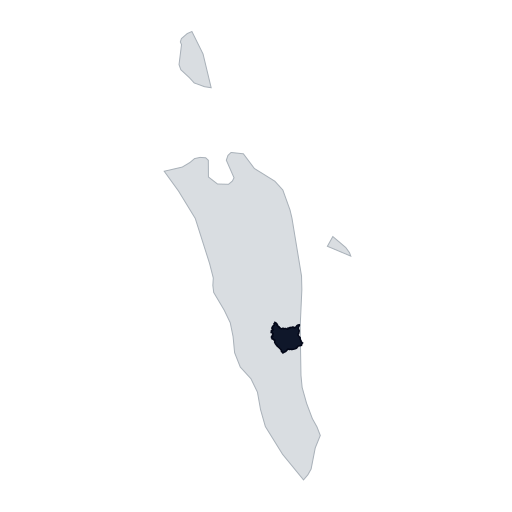 Vemasse, Baucau, East Timor shown in context, rotated 92°
{"feature_id": "22284137B19870753775512", "entity_name": "Vemasse", "entity_type": "district", "adm_level": 2, "iso_a3": "TLS", "parent_name": "East Timor", "parent_adm1": "Baucau", "projection": "albers", "projection_center": [126.238, -8.584], "detail": "fine", "context": "in_parent", "style": "filled", "palette": "ink", "viewbox_px": 512, "rotation_deg": 92, "n_neighbors": 0, "source": "geoboundaries", "source_scale": "gbopen_adm2", "svg_char_len": 5513}
<svg xmlns="http://www.w3.org/2000/svg" viewBox="0 0 512 512"><g transform="rotate(92 256 256)"><path d="M174.5,350.7L169.7,332.8L164.7,325.1L160.8,320.8L159.4,315.3L159.6,309.7L162.0,307.0L178.7,306.3L185.4,297.0L185.3,286.0L181.9,282.2L178.6,280.7L161.3,289.0L156.4,287.5L153.4,284.5L154.3,272.2L168.6,260.7L180.6,239.8L189.1,231.5L208.9,223.6L216.9,221.4L274.5,209.8L288.2,209.0L324.8,209.4L373.7,206.9L385.8,205.3L401.5,200.3L416.6,194.0L424.7,189.1L433.1,185.5L445.7,190.1L467.0,193.5L472.8,196.5L478.1,200.7L453.3,222.5L426.1,240.7L409.3,246.1L392.0,249.8L378.8,256.8L367.6,267.8L353.4,274.0L337.3,276.1L323.6,279.4L311.2,285.9L293.9,297.0L286.9,298.1L279.5,297.9L265.2,302.1L220.6,318.0L193.8,335.7L174.5,350.7ZM33.9,327.9L55.9,316.0L89.4,306.7L88.6,313.4L85.2,323.8L80.1,328.8L72.5,337.6L67.4,339.6L47.3,337.8L44.7,339.1L41.3,338.1L36.1,332.5L33.9,327.9ZM252.8,161.3L243.8,185.0L233.9,179.9L244.4,166.6L249.4,162.7L252.8,161.3Z" fill="#d9dde1" stroke="#a8b0b8" stroke-width="1"/><path d="M341.2,206.6L341.0,206.9L340.5,207.3L340.4,207.5L339.8,207.9L339.3,208.2L339.0,208.3L338.9,208.3L338.8,208.2L338.7,208.3L338.2,208.6L337.7,208.8L337.3,208.8L336.8,209.0L336.5,209.1L336.1,209.0L335.8,209.2L335.5,209.6L335.3,209.9L334.8,210.3L334.1,210.9L333.7,211.1L333.4,211.2L333.1,211.2L332.6,211.1L332.3,211.0L332.1,210.7L330.9,210.5L330.1,210.3L329.7,210.3L329.4,210.2L329.2,210.2L328.4,210.6L327.9,210.8L327.6,211.0L327.4,211.1L327.1,211.2L326.8,211.2L326.7,211.2L326.2,211.2L325.4,211.0L325.2,210.9L324.6,210.5L324.2,210.3L323.4,210.2L323.2,210.3L323.4,211.4L323.8,212.2L324.0,212.4L324.3,212.8L325.4,213.5L325.6,213.6L325.7,213.8L325.8,214.0L326.1,214.2L326.3,214.4L326.5,214.6L326.6,214.8L326.3,215.1L326.1,215.1L326.2,215.6L326.1,215.9L326.2,216.2L325.8,216.3L325.7,216.4L325.8,216.5L326.1,216.5L326.0,216.8L325.9,216.7L325.8,216.8L326.0,217.0L326.0,217.3L325.9,217.5L326.1,217.7L326.1,217.8L326.3,218.0L326.4,218.4L326.4,218.5L326.3,219.0L326.5,219.1L326.4,219.2L326.3,219.3L326.5,219.4L326.4,219.7L326.5,219.8L326.5,220.0L326.6,220.3L326.7,220.5L326.8,220.5L327.0,220.6L327.0,221.0L327.2,220.9L327.2,221.0L327.3,220.9L327.5,220.8L327.6,221.1L327.7,221.3L327.8,221.5L327.8,221.4L327.9,221.7L328.1,221.8L328.1,222.1L327.9,222.2L327.9,222.6L327.8,222.8L327.8,223.0L327.7,223.1L327.7,223.4L327.7,223.6L327.4,223.9L327.4,224.1L327.4,224.5L327.5,224.8L327.7,225.0L327.8,225.1L328.0,225.5L327.9,225.6L327.7,225.8L327.5,226.0L327.3,226.1L327.3,226.3L327.3,226.5L327.3,226.9L327.6,227.1L327.9,227.5L327.9,227.8L327.8,228.0L328.0,228.3L327.8,228.6L327.7,228.8L327.3,229.0L327.2,229.1L327.1,229.3L327.1,229.5L326.9,229.7L327.0,229.9L326.9,230.0L326.6,230.1L326.3,230.4L326.2,230.6L325.9,230.6L325.9,230.9L325.9,231.2L325.8,231.3L325.6,231.3L325.4,231.4L325.5,231.6L325.4,231.7L325.2,231.7L325.1,231.8L324.7,232.0L324.2,232.1L324.1,232.4L323.8,232.4L323.7,232.5L323.8,232.6L323.7,232.6L323.4,232.6L323.4,232.8L323.3,233.0L323.1,232.9L323.0,233.1L322.6,233.3L322.4,233.4L322.4,233.5L322.1,234.0L321.8,234.4L321.7,234.8L321.8,234.8L322.3,234.8L322.5,235.2L323.1,235.7L323.5,235.5L323.7,235.3L323.8,235.2L324.2,235.3L324.4,235.6L324.8,235.8L325.1,236.3L325.6,236.8L326.2,237.1L326.3,237.0L326.6,236.9L326.8,236.9L326.9,237.0L326.8,237.4L326.9,237.5L327.0,237.5L327.1,237.3L327.2,237.2L327.4,237.1L327.5,237.2L327.5,237.4L327.6,237.5L327.7,237.4L327.9,237.0L328.1,237.1L328.2,237.4L328.3,237.4L328.4,237.2L328.5,237.1L328.4,236.8L328.6,236.6L328.7,236.8L328.8,236.9L329.2,236.8L329.4,236.8L329.6,236.7L329.7,237.0L330.0,237.4L330.1,237.9L330.2,238.0L330.3,237.9L330.3,237.5L330.3,237.4L330.5,237.3L330.9,237.6L330.9,238.0L331.0,238.1L331.4,238.2L331.8,238.2L332.1,238.2L332.3,238.0L332.5,237.9L332.4,237.9L332.3,237.7L332.3,237.4L332.5,237.0L332.6,236.8L332.8,236.2L333.0,236.2L333.0,236.3L333.1,236.5L333.4,236.4L333.5,236.2L333.8,236.2L334.0,236.4L333.9,236.5L334.5,236.6L334.6,236.9L334.9,236.9L335.1,236.8L335.4,236.4L335.5,236.4L335.9,236.8L336.0,237.0L335.9,237.4L335.7,237.5L335.9,237.7L336.0,237.7L336.4,237.6L336.5,237.6L336.7,237.4L336.8,237.4L336.8,237.6L337.0,237.7L337.3,237.6L337.3,237.3L337.7,237.1L337.8,236.7L338.0,236.6L338.4,236.7L338.4,236.4L338.5,236.2L338.6,235.9L338.5,235.6L339.0,235.5L339.2,235.4L339.3,235.2L339.2,234.9L339.5,234.7L339.4,234.4L339.5,234.4L339.8,234.2L340.4,234.1L340.9,234.3L341.1,234.3L341.3,234.4L341.7,234.3L341.8,234.2L342.0,234.1L342.3,233.9L342.8,233.7L343.0,233.6L343.2,233.4L343.5,233.1L343.7,232.8L344.0,232.8L344.6,232.2L344.7,231.7L344.8,231.7L345.0,231.7L345.4,231.6L345.5,231.6L345.9,230.9L346.0,230.7L348.0,228.5L348.2,228.3L348.5,227.9L348.7,227.7L348.8,227.8L349.0,227.6L349.2,227.4L349.7,227.4L349.9,227.4L350.1,227.3L350.4,227.2L350.6,227.2L350.8,226.8L351.0,226.7L351.2,226.4L351.3,226.3L351.7,226.0L352.0,225.7L351.7,225.4L351.6,225.2L351.4,224.8L351.1,224.3L351.0,224.2L350.8,224.0L350.8,223.9L350.7,223.6L350.6,223.2L349.9,222.5L349.7,222.3L349.4,222.2L349.2,222.0L348.5,221.5L348.6,221.3L348.2,220.9L347.9,220.7L348.0,220.3L347.9,220.1L347.9,219.8L348.2,219.5L348.3,219.2L348.0,218.4L348.0,217.8L348.2,217.5L348.0,217.1L348.2,216.9L348.1,216.2L347.9,215.9L347.9,215.5L347.6,214.4L347.2,213.2L346.9,213.1L346.8,212.8L346.9,212.6L346.6,212.1L346.0,211.9L345.9,211.7L345.7,211.6L345.5,211.4L344.5,210.6L344.3,210.3L344.2,209.8L344.3,209.4L344.3,209.2L344.1,208.6L344.0,208.2L343.7,207.8L343.7,207.4L343.0,207.3L342.9,207.2L342.4,207.2L342.0,207.1L341.9,207.0L341.7,206.8L341.3,206.8L341.2,206.6Z" fill="#0f172a" stroke="#020617" stroke-width="1.5"/></g></svg>